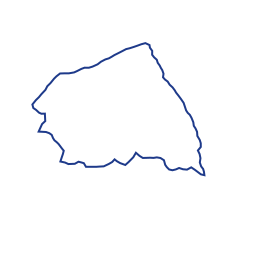 outline of Bastos, São Paulo, Brazil, rotated 227°
{"feature_id": "56859067B35884113445684", "entity_name": "Bastos", "entity_type": "district", "adm_level": 2, "iso_a3": "BRA", "parent_name": "Brazil", "parent_adm1": "São Paulo", "projection": "natural_earth1", "projection_center": [-50.751, -21.947], "detail": "fine", "context": "isolated", "style": "outline", "palette": "blue", "viewbox_px": 256, "rotation_deg": 227, "n_neighbors": 0, "source": "geoboundaries", "source_scale": "gbopen_adm2", "svg_char_len": 1717}
<svg xmlns="http://www.w3.org/2000/svg" viewBox="0 0 256 256"><g transform="rotate(227 128 128)"><path d="M214.2,115.5L214.6,110.9L214.5,107.6L213.7,101.8L213.6,97.5L212.2,93.6L211.8,87.6L211.3,83.9L211.2,79.6L210.4,74.1L207.2,72.4L204.0,73.1L199.8,73.4L197.5,74.4L195.2,77.0L189.5,72.2L189.5,67.9L186.3,60.2L181.0,65.3L177.9,66.9L175.0,67.5L171.8,66.3L169.2,65.8L166.1,66.2L163.6,66.3L158.0,65.7L155.2,65.5L153.4,62.7L151.7,59.5L149.6,55.7L145.7,58.4L142.3,59.8L138.1,64.7L137.1,68.8L134.6,70.4L132.4,71.7L128.3,70.8L123.9,75.5L121.2,78.4L119.1,81.0L116.5,84.1L114.8,89.4L113.9,93.3L114.2,96.8L111.4,97.2L107.7,98.3L102.8,100.8L102.7,105.3L103.0,111.9L104.5,116.9L99.8,117.4L96.0,118.4L93.1,121.7L91.1,124.0L88.7,126.3L86.9,129.0L83.9,131.3L79.9,132.3L75.7,130.1L72.9,129.7L69.6,129.8L66.8,131.7L65.1,134.7L63.9,138.1L60.3,140.1L57.3,142.8L56.1,147.4L51.8,148.4L47.8,149.1L44.4,149.7L41.4,151.7L44.2,153.7L46.8,155.0L50.0,155.3L53.8,157.0L56.5,160.4L60.1,162.6L63.9,163.8L64.5,168.3L67.2,170.8L70.3,172.3L74.9,173.3L78.1,175.9L81.7,177.1L84.7,177.6L87.7,179.7L92.2,181.4L95.5,182.2L98.3,182.0L101.2,182.5L104.9,184.2L108.4,185.8L113.0,186.5L117.4,187.0L121.1,187.3L123.7,187.9L127.3,188.3L131.3,188.0L134.9,188.7L138.2,188.1L141.2,188.2L143.5,191.0L146.9,192.5L149.5,193.0L152.1,193.8L155.4,194.2L158.3,195.6L161.9,195.3L165.1,195.6L167.9,198.3L171.8,198.8L174.0,200.3L178.2,198.6L180.2,194.8L181.8,191.0L183.4,187.4L185.2,183.6L187.0,180.4L187.9,177.1L188.8,173.9L189.7,170.8L190.6,167.8L191.2,164.8L192.0,161.5L193.6,158.2L194.9,153.5L195.3,149.2L197.1,143.9L198.8,140.4L201.7,137.4L203.0,134.3L204.3,129.8L205.4,126.5L208.4,121.9L211.5,118.6L214.2,115.5Z" fill="none" stroke="#1e3a8a" stroke-width="2"/></g></svg>